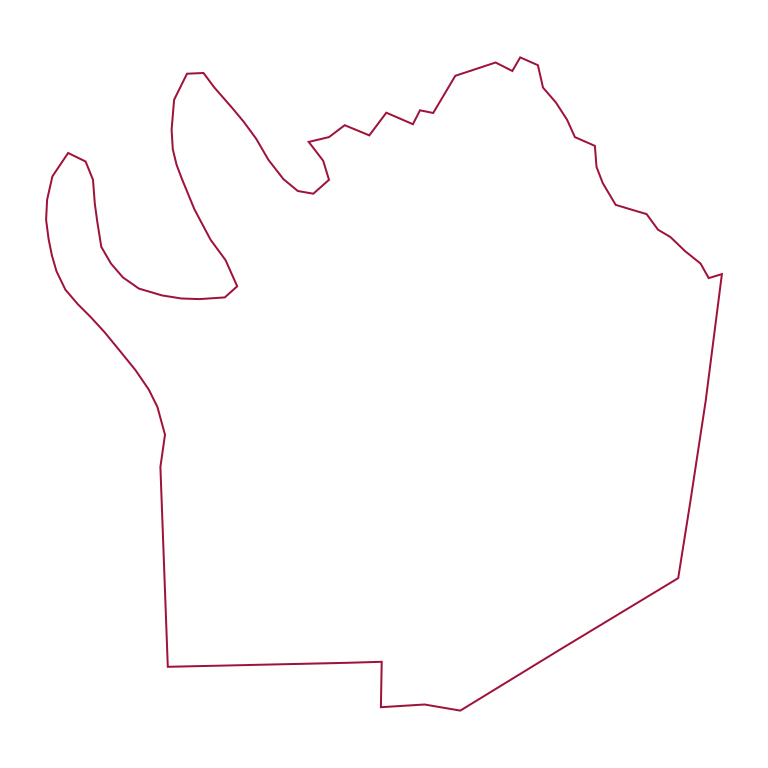 Nova Itaberaba, Santa Catarina, Brazil
{"feature_id": "56859067B19275359391093", "entity_name": "Nova Itaberaba", "entity_type": "district", "adm_level": 2, "iso_a3": "BRA", "parent_name": "Brazil", "parent_adm1": "Santa Catarina", "projection": "equal_earth", "projection_center": [-52.854, -26.96], "detail": "fine", "context": "isolated", "style": "outline", "palette": "rose", "viewbox_px": 768, "rotation_deg": 0, "n_neighbors": 0, "source": "geoboundaries", "source_scale": "gbopen_adm2", "svg_char_len": 1183}
<svg xmlns="http://www.w3.org/2000/svg" viewBox="0 0 768 768"><path d="M721.9,274.1L708.7,278.1L700.6,263.6L684.9,251.0L670.5,237.1L658.0,229.7L646.6,214.1L631.7,209.7L615.7,204.9L602.8,183.2L596.5,166.9L594.9,145.9L574.9,137.1L567.1,119.8L555.9,102.5L543.0,87.6L537.9,65.2L520.2,57.4L512.3,71.0L495.6,62.5L455.3,75.8L433.2,113.0L420.0,110.3L412.9,124.2L386.3,112.7L369.3,135.4L344.7,125.2L329.0,137.1L308.7,141.9L323.2,160.8L329.0,179.8L313.3,193.7L297.8,191.0L283.4,179.1L268.4,159.8L256.2,138.8L243.8,121.9L231.9,107.6L214.4,87.6L203.5,73.0L187.0,73.7L174.1,99.8L171.6,129.7L172.8,149.3L176.6,164.9L182.0,179.1L194.4,209.3L210.6,239.8L225.6,260.2L237.2,286.3L224.8,297.4L199.5,299.1L181.5,298.5L161.9,295.4L138.9,288.6L122.9,277.4L111.0,263.6L101.3,246.9L97.3,221.9L94.8,203.6L93.0,179.8L85.6,161.5L68.1,153.0L52.4,176.4L47.1,199.8L46.1,219.8L48.6,239.1L51.9,255.4L56.5,271.3L65.4,289.7L77.8,304.2L91.0,317.4L104.4,332.0L119.4,350.3L135.6,370.3L148.8,389.6L157.4,406.9L165.0,434.7L160.4,466.9L167.8,666.8L347.2,662.8L381.7,661.8L380.9,707.2L424.5,704.5L460.3,710.6L561.1,648.9L678.2,578.1L689.9,504.5L705.7,400.8L721.9,274.1Z" fill="none" stroke="#9f1239" stroke-width="2"/></svg>